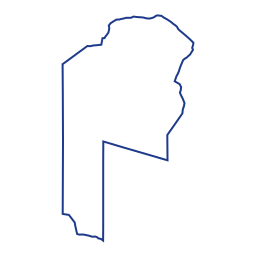 outline of Barbalha, Ceará, Brazil
{"feature_id": "56859067B21171422710441", "entity_name": "Barbalha", "entity_type": "district", "adm_level": 2, "iso_a3": "BRA", "parent_name": "Brazil", "parent_adm1": "Ceará", "projection": "natural_earth1", "projection_center": [-39.309, -7.437], "detail": "fine", "context": "isolated", "style": "outline", "palette": "blue", "viewbox_px": 256, "rotation_deg": 0, "n_neighbors": 0, "source": "geoboundaries", "source_scale": "gbopen_adm2", "svg_char_len": 1312}
<svg xmlns="http://www.w3.org/2000/svg" viewBox="0 0 256 256"><path d="M164.9,18.2L163.4,17.3L161.6,15.9L159.5,15.6L157.4,15.4L155.7,15.9L154.5,17.0L152.3,17.9L150.0,18.5L148.4,18.5L146.2,18.3L143.7,17.6L141.3,17.3L139.0,17.2L136.8,17.0L133.5,16.6L130.9,17.8L128.4,17.8L126.3,17.8L124.4,18.3L122.7,18.7L120.8,19.1L119.2,19.5L116.4,19.6L113.4,21.4L110.6,23.2L108.8,25.5L109.3,28.4L108.4,32.6L106.9,34.7L105.5,36.4L104.5,38.1L102.5,38.2L101.3,44.7L96.8,45.2L93.9,45.4L90.0,46.2L87.4,46.0L62.6,64.2L62.8,93.0L63.0,140.4L62.7,213.9L65.6,214.4L68.9,214.9L70.9,217.5L72.2,219.2L74.7,222.5L75.4,226.5L77.1,233.9L79.0,234.6L82.7,234.5L84.4,234.7L86.6,235.2L88.3,235.5L92.1,236.7L95.6,236.6L97.2,237.3L98.4,238.4L100.9,238.9L103.1,240.6L103.2,227.3L103.2,212.7L103.2,162.6L103.3,141.5L123.9,147.6L167.5,160.3L167.3,135.0L175.1,123.9L182.4,113.4L182.8,109.4L183.9,106.3L184.5,103.1L182.7,98.6L180.7,94.6L179.9,92.5L180.7,90.5L181.1,87.0L179.6,84.1L174.7,81.3L176.5,76.1L177.7,74.0L178.9,71.2L179.9,68.0L180.9,65.3L182.1,62.5L183.2,60.0L184.9,58.6L186.8,57.5L188.0,56.3L190.0,54.6L193.0,49.8L192.2,47.8L193.1,45.0L193.4,42.7L191.7,41.0L189.4,38.8L186.7,36.4L182.0,32.4L179.9,30.7L178.3,29.2L177.0,26.8L175.6,25.5L173.3,23.9L170.9,21.9L169.0,20.6L167.3,19.5L164.9,18.2Z" fill="none" stroke="#1e3a8a" stroke-width="2"/></svg>